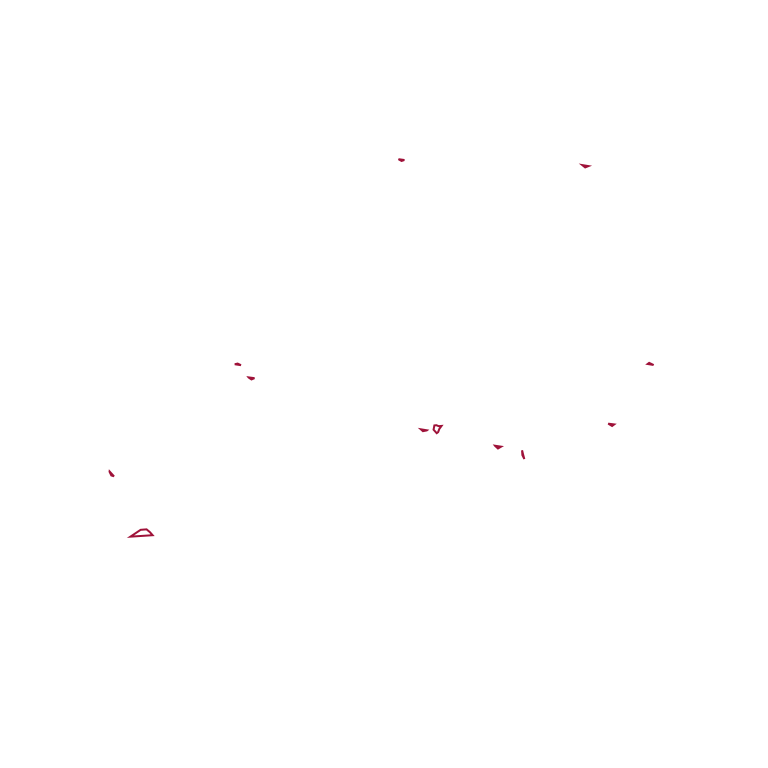 the Atoll of Baa, rotated 53°
{"feature_id": "MDV-5228", "entity_name": "Baa", "entity_type": "Atoll", "adm_level": 1, "iso_a3": "MDV", "parent_name": "Maldives", "parent_adm1": "", "projection": "orthographic", "projection_center": [73.003, 5.117], "detail": "fine", "context": "isolated", "style": "outline", "palette": "rose", "viewbox_px": 768, "rotation_deg": 53, "n_neighbors": 0, "source": "natural_earth", "source_scale": "10m", "svg_char_len": 1024}
<svg xmlns="http://www.w3.org/2000/svg" viewBox="0 0 768 768"><g transform="rotate(53 384 384)"><path d="M365.5,659.8L353.5,678.1L353.3,678.4L354.0,666.1L357.2,661.1L361.5,660.1L365.5,659.8ZM452.1,363.3L453.2,366.9L455.0,369.7L455.0,371.5L450.3,371.9L447.4,368.7L448.4,367.0L450.6,365.7L452.1,363.3ZM504.5,328.2L504.1,331.8L500.3,332.5L500.1,332.5L504.5,328.2ZM554.8,224.5L554.8,227.1L550.6,228.8L554.8,224.5ZM333.0,89.6L332.1,93.0L328.5,93.9L333.0,89.6ZM301.4,483.9L301.3,484.2L300.7,486.7L300.6,487.1L298.9,487.7L297.3,488.2L297.2,488.2L301.4,483.9ZM446.8,377.6L446.8,377.8L445.1,381.3L442.4,381.8L446.8,377.6ZM288.7,655.8L295.3,655.2L295.1,655.3L292.9,656.8L288.9,656.0L288.7,655.8ZM531.2,157.2L531.0,157.3L526.7,161.4L526.7,159.5L531.2,157.2ZM217.5,232.8L217.4,232.9L216.4,235.8L213.5,237.0L213.2,237.1L217.5,232.8ZM520.1,313.7L520.5,313.8L523.9,315.3L528.4,317.1L528.0,317.0L524.1,316.3L520.1,313.7ZM282.9,486.9L278.7,491.0L278.4,491.3L279.6,488.6L282.9,486.9Z" fill="none" stroke="#9f1239" stroke-width="2"/></g></svg>